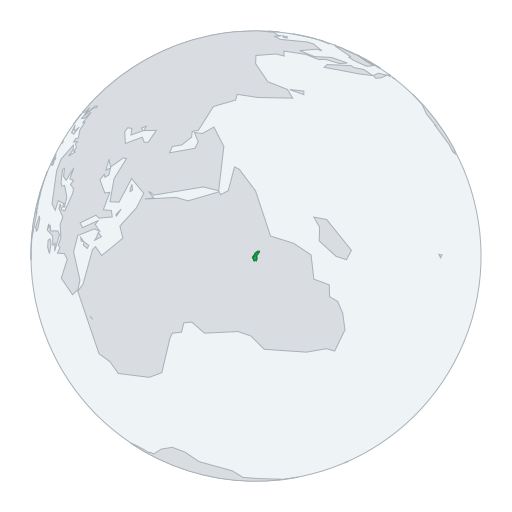 globe centered on Shinyanga, rotated 298°
{"feature_id": "TZA-3358", "entity_name": "Shinyanga", "entity_type": "Region", "adm_level": 1, "iso_a3": "TZA", "parent_name": "United Republic of Tanzania", "parent_adm1": "", "projection": "orthographic", "projection_center": [32.976, -3.814], "detail": "fine", "context": "on_globe", "style": "filled", "palette": "green", "viewbox_px": 512, "rotation_deg": 298, "n_neighbors": 0, "source": "natural_earth", "source_scale": "10m", "svg_char_len": 7548}
<svg xmlns="http://www.w3.org/2000/svg" viewBox="0 0 512 512"><g transform="rotate(298 256 256)"><circle cx="256" cy="256" r="225" fill="#eef3f6" stroke="#a8b0b8"/><path d="M31.9,233.1L32.4,238.0L32.5,247.4L32.1,253.5L33.1,254.7L33.2,258.7L40.9,262.9L47.8,271.9L49.5,285.6L47.7,302.2L55.2,336.1L54.4,348.4L60.3,362.0L70.4,382.3L69.1,381.7L75.9,390.9L80.4,397.1L80.6,397.3L71.0,384.6L62.4,371.1L54.7,357.1L48.0,342.6L42.4,327.7L37.9,312.3L34.4,296.7L32.1,280.9L30.9,265.0L30.8,249.0L31.9,233.1ZM117.2,433.4L114.6,431.2L115.9,432.2L118.0,434.0L117.2,433.4ZM428.1,110.7L429.9,112.9L434.4,118.5L434.6,118.7L438.5,124.0L440.3,126.5L443.8,131.6L455.5,151.4L462.1,167.3L461.0,171.0L462.2,174.8L458.7,169.4L458.7,175.9L468.9,200.4L470.3,207.1L468.1,217.9L467.2,212.7L457.9,198.2L459.5,214.0L466.7,229.3L469.3,246.1L465.2,239.7L462.2,224.9L458.9,219.3L457.4,205.4L450.0,184.3L445.8,187.0L443.8,178.9L433.0,161.8L425.6,165.4L415.4,184.7L417.8,205.5L412.6,214.3L396.8,183.1L389.9,163.4L384.1,164.8L368.0,148.2L339.9,146.1L336.0,141.2L330.7,143.3L319.3,138.4L313.4,130.7L306.5,131.2L322.4,151.5L329.8,151.4L336.1,143.7L339.1,151.2L350.1,158.3L337.6,176.2L296.1,192.4L292.2,177.0L261.7,137.1L262.8,132.7L262.7,132.3L262.3,131.4L259.3,138.4L254.1,131.1L270.2,157.9L272.8,170.1L295.5,193.4L293.3,195.8L300.7,200.8L324.6,195.2L324.7,200.5L313.3,225.0L280.4,259.5L284.9,283.4L282.8,304.1L262.7,318.0L264.9,334.2L254.6,340.1L254.2,349.4L246.2,359.4L232.6,369.2L209.0,370.1L207.2,361.7L194.8,345.7L177.5,307.1L183.0,289.1L180.8,275.5L163.7,246.7L167.5,230.2L163.0,223.7L153.7,226.0L148.6,218.4L143.1,218.6L108.8,227.6L98.7,218.6L87.6,189.6L94.1,176.8L96.0,163.3L141.2,115.2L150.0,116.5L184.7,108.7L188.9,109.9L183.9,119.5L209.3,130.1L218.5,121.8L242.3,127.8L258.7,127.5L266.0,109.8L239.2,109.8L235.4,101.6L257.6,94.4L281.2,95.9L280.4,92.8L266.2,85.8L272.4,80.8L261.4,83.2L265.3,86.2L258.5,88.1L254.6,85.6L256.9,83.7L250.0,82.4L240.7,92.9L243.6,97.1L225.1,99.5L228.3,107.0L223.0,110.7L215.7,99.6L216.9,95.5L202.6,85.2L199.6,89.5L212.9,99.9L208.4,99.2L204.5,106.4L204.0,100.4L190.3,89.0L174.0,93.0L152.0,111.9L142.8,114.5L135.7,112.2L145.0,94.5L164.6,90.9L168.1,85.7L165.3,79.3L171.5,79.1L172.7,76.4L180.2,75.3L191.9,68.3L199.7,67.2L205.4,59.8L210.2,58.5L205.4,63.0L206.3,66.0L225.8,64.7L229.9,63.1L232.0,58.7L237.1,59.4L236.7,55.4L248.4,53.8L233.7,52.8L235.8,48.8L243.5,45.8L241.6,44.6L229.1,49.5L226.5,51.8L228.5,53.9L219.1,61.4L212.1,63.1L212.0,55.4L202.1,57.2L206.3,51.4L237.5,40.0L249.9,38.4L268.1,42.7L264.6,44.6L256.3,43.7L263.0,47.6L262.9,45.8L267.2,46.7L270.2,44.0L273.4,44.6L271.0,41.4L275.2,41.8L276.6,43.8L284.8,41.3L293.8,42.2L294.1,41.5L291.9,40.4L304.9,42.9L304.5,42.3L300.2,41.2L296.7,39.4L295.5,37.5L300.1,38.4L301.1,39.2L310.1,42.8L312.1,45.4L313.8,45.7L313.1,43.7L302.2,39.3L300.2,37.9L306.0,39.8L303.7,39.0L304.2,38.6L308.9,39.4L302.8,37.5L301.5,35.4L302.4,35.5L318.4,39.5L334.2,44.7L349.5,51.0L364.3,58.5L378.6,67.0L392.1,76.5L405.0,87.0L417.0,98.4L428.1,110.7ZM124.9,137.8L123.4,141.7L124.9,137.8ZM305.9,107.5L320.1,109.0L314.1,98.2L319.1,98.2L315.2,94.8L313.6,97.5L304.1,88.8L310.4,86.4L308.9,82.4L304.0,81.8L294.0,87.8L307.5,99.8L304.0,103.9L305.9,107.5ZM172.3,65.1L174.4,66.1L171.0,69.1L161.1,72.5L166.0,67.9L172.3,65.1ZM178.3,67.0L180.9,59.5L187.1,57.8L183.2,59.9L187.0,59.5L181.7,62.9L185.2,69.3L182.3,72.6L165.7,75.9L172.7,72.7L170.1,71.6L178.3,67.0ZM176.5,49.5L177.7,47.9L189.7,45.9L187.2,47.7L177.2,50.7L174.3,50.3L176.5,49.5ZM228.9,32.4L231.8,32.2L225.3,33.0L226.1,32.9L221.1,33.8L216.3,34.9L213.5,35.3L212.9,35.6L209.5,36.4L207.7,37.1L202.0,38.3L199.3,39.4L198.2,39.4L195.1,41.0L194.8,40.4L190.4,41.9L193.0,41.7L166.6,49.7L155.8,54.6L146.9,59.4L147.6,58.6L151.7,56.3L166.3,49.3L181.5,43.4L197.0,38.6L212.8,34.9L228.9,32.4ZM232.9,31.9L233.0,31.9L230.6,32.2L232.9,31.9ZM194.2,106.2L197.5,106.4L202.9,105.7L200.5,110.5L194.2,106.2ZM184.6,98.4L187.7,97.6L186.9,103.3L183.4,103.5L184.6,98.4ZM190.1,92.6L187.9,97.1L187.0,94.7L190.1,92.6ZM208.4,62.3L211.8,61.6L211.9,62.6L209.7,64.3L208.4,62.3ZM242.0,33.9L239.8,33.6L241.0,33.3L240.5,32.4L245.3,32.1L247.4,32.6L242.0,33.9ZM261.1,112.8L256.0,116.1L253.7,114.5L255.9,113.6L261.1,112.8ZM226.5,112.8L234.1,114.9L225.8,114.1L226.5,112.8ZM247.1,33.4L246.3,32.9L249.2,33.1L247.1,33.4ZM248.8,31.9L252.2,32.0L245.8,32.0L248.8,31.9ZM343.4,416.7L344.3,419.8L341.0,419.8L343.4,416.7ZM321.4,301.2L305.8,337.6L295.2,337.6L293.3,326.7L299.0,304.7L311.4,298.6L317.5,288.8L321.4,301.2ZM477.6,292.3L477.7,294.3L477.5,295.4L477.6,292.3ZM477.7,287.5L478.2,289.0L477.2,289.7L477.7,287.5ZM478.3,289.6L478.8,288.8L479.0,287.6L478.7,289.7L478.3,289.6ZM477.1,286.8L471.9,282.6L469.2,278.3L470.4,274.8L474.8,278.2L477.1,286.8ZM470.1,274.5L465.2,261.5L454.6,227.6L458.5,229.0L468.8,250.7L468.3,253.8L471.3,263.7L470.1,274.5ZM479.8,260.2L479.1,270.0L476.8,266.8L475.4,264.2L474.6,250.7L475.1,244.7L476.4,245.7L478.5,227.4L479.8,233.8L479.8,241.8L480.7,251.4L479.8,260.2ZM418.8,207.6L424.1,220.8L420.9,222.5L418.8,207.6ZM477.1,214.0L477.7,221.8L476.5,210.8L477.1,214.0ZM475.0,203.3L476.1,208.0L474.9,203.0L475.0,203.3ZM464.2,180.9L463.0,181.1L461.9,178.0L462.8,175.9L464.2,180.9ZM462.1,165.1L463.6,168.5L464.8,171.4L462.2,165.5L460.2,160.8L462.1,165.1ZM286.9,34.8L282.2,35.9L282.0,37.6L286.9,39.3L278.0,37.8L278.3,35.2L286.9,34.8ZM299.4,34.9L299.2,34.9L294.9,34.1L295.1,34.1L299.4,34.9ZM295.7,34.3L288.1,33.1L286.5,32.8L292.9,33.8L295.7,34.3ZM267.6,31.9L265.9,32.1L263.6,31.8L267.6,31.9ZM444.2,379.9L439.7,384.1L440.5,380.6L445.1,374.2L455.4,352.7L455.6,353.5L461.5,339.7L468.0,331.2L472.4,318.6L467.1,334.7L460.6,350.3L452.9,365.4L444.2,379.9ZM477.7,295.8L477.7,296.1L477.8,295.6L477.7,295.8ZM481.3,259.3L481.1,263.1L480.5,274.4L480.2,278.0L480.9,265.8L480.0,277.0L479.8,276.1L480.4,265.9L480.9,254.6L481.1,250.3L481.2,250.6L481.3,252.5L481.0,254.3L481.1,261.0L481.3,258.8L481.3,259.3ZM479.4,226.9L479.5,227.6L479.3,226.1L479.4,226.9ZM477.3,214.1L477.5,215.0L476.4,209.4L476.5,209.8L477.3,214.1ZM475.2,204.0L474.5,201.6L469.5,184.1L469.6,184.4L471.8,191.4L473.4,197.0L473.9,198.9L475.2,204.0Z" fill="#d9dde1" stroke="#a8b0b8" stroke-width="1"/><path d="M258.7,256.5L258.7,256.4L258.4,256.3L258.2,256.3L257.8,256.4L257.6,256.3L257.2,256.4L256.8,256.6L256.6,256.6L256.4,256.6L256.2,256.4L255.8,256.4L255.6,256.4L255.4,256.5L255.2,256.6L255.0,256.9L255.0,257.1L254.9,257.1L254.7,257.2L254.7,257.3L254.8,257.4L254.9,257.5L255.0,257.5L254.6,257.8L254.5,257.7L254.4,257.5L254.2,257.5L253.9,257.7L253.9,257.8L253.9,258.0L253.6,258.2L253.3,258.1L253.0,258.0L252.7,258.0L252.4,258.3L252.1,258.4L252.1,258.1L252.0,257.9L252.0,257.7L252.0,257.3L251.9,257.2L251.4,257.0L251.0,256.9L250.9,256.6L251.0,256.4L251.2,256.0L251.5,255.7L251.9,255.5L252.3,255.5L252.7,255.4L252.8,255.1L252.7,254.8L252.6,254.4L252.7,254.1L252.9,253.9L253.0,253.8L253.2,253.7L253.3,253.8L253.3,254.0L253.5,254.1L253.6,253.9L253.8,253.7L254.0,253.6L254.3,253.7L254.3,253.8L254.3,254.1L254.3,254.3L254.7,254.6L254.9,254.6L254.8,254.4L254.8,254.2L255.0,254.1L255.1,253.9L255.3,253.9L255.6,253.8L255.8,254.0L256.0,254.2L256.1,254.3L256.3,254.3L256.5,254.5L256.8,254.4L256.9,254.1L257.1,254.0L257.4,254.1L257.5,254.0L257.8,253.9L258.0,253.9L258.1,254.1L258.4,254.3L258.8,254.5L259.0,254.5L259.2,254.4L259.4,254.5L259.5,254.7L259.7,254.8L260.0,254.9L260.3,254.9L260.6,255.0L260.8,255.2L260.9,255.6L261.1,256.0L261.3,256.3L261.6,256.6L261.3,256.8L261.1,256.9L260.9,256.9L260.9,257.0L260.7,257.0L260.5,256.9L260.4,256.9L260.2,256.9L259.8,256.7L259.7,256.6L259.3,256.5L259.0,256.4L258.9,256.4L258.7,256.5Z" fill="#22c55e" stroke="#15803d" stroke-width="1.5"/></g></svg>